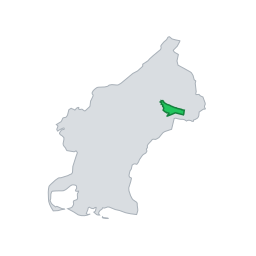 Murgap, Mary, Turkmenistan shown in context, rotated 284°
{"feature_id": "10190150B75003432350729", "entity_name": "Murgap", "entity_type": "district", "adm_level": 2, "iso_a3": "TKM", "parent_name": "Turkmenistan", "parent_adm1": "Mary", "projection": "equal_earth", "projection_center": [61.783, 36.895], "detail": "fine", "context": "in_parent", "style": "filled", "palette": "green", "viewbox_px": 256, "rotation_deg": 284, "n_neighbors": 0, "source": "geoboundaries", "source_scale": "gbopen_adm2", "svg_char_len": 4585}
<svg xmlns="http://www.w3.org/2000/svg" viewBox="0 0 256 256"><g transform="rotate(284 128 128)"><path d="M77.4,83.8L88.4,84.5L91.8,84.9L93.2,83.3L93.2,82.9L92.7,82.6L91.9,81.5L91.3,74.2L92.3,73.1L93.4,72.3L95.1,70.0L95.9,69.3L97.2,68.8L101.4,68.6L103.2,68.1L104.7,65.5L105.1,64.0L106.2,62.8L106.9,62.8L109.7,63.8L110.3,64.4L111.2,66.3L112.3,66.2L112.5,65.9L112.4,65.4L111.6,64.2L109.8,62.1L108.1,60.7L108.0,60.3L109.5,59.2L112.5,59.6L113.2,59.3L114.0,57.6L117.9,61.5L118.7,61.8L121.8,62.4L122.3,62.9L123.4,65.2L124.4,65.7L125.8,66.2L131.4,66.2L133.1,67.8L133.4,68.1L133.1,69.2L132.9,71.2L132.5,72.0L132.8,72.4L134.7,73.2L135.9,74.6L136.0,75.1L135.7,75.5L134.8,75.3L134.3,75.9L134.3,77.0L134.9,78.0L135.1,78.9L134.2,81.1L134.1,81.9L134.4,82.4L139.5,85.7L140.3,85.8L145.2,85.2L146.1,85.5L150.4,86.3L151.6,86.2L152.4,85.1L153.2,84.7L153.9,84.7L156.0,85.3L158.1,86.7L159.6,88.0L160.3,89.1L162.2,95.5L163.5,98.1L165.1,99.4L166.2,101.9L167.1,107.3L167.7,108.4L170.0,110.6L182.1,119.5L185.7,123.5L191.4,127.3L193.5,126.9L197.9,131.0L200.7,132.5L204.4,135.0L212.0,140.6L213.7,140.8L215.5,140.0L217.1,140.5L220.0,141.9L223.1,144.1L225.7,144.8L226.5,145.8L226.5,146.3L225.1,149.1L225.0,152.5L225.2,157.2L224.5,157.3L219.3,156.0L214.4,153.1L213.3,154.0L212.7,155.0L211.5,159.1L204.9,159.3L201.1,161.3L197.6,174.6L196.9,176.2L194.7,178.4L190.9,180.5L190.4,181.4L190.2,182.2L189.8,182.4L187.7,182.4L179.7,185.4L177.9,185.4L177.2,185.6L176.9,186.1L177.8,188.8L177.1,189.6L176.6,190.9L176.2,193.2L170.9,196.8L169.8,197.2L167.7,196.9L166.6,197.3L165.4,198.4L164.9,198.1L164.7,196.9L164.1,196.2L160.8,193.2L157.0,193.7L155.6,193.5L154.4,193.0L152.7,191.3L151.6,189.7L150.4,189.9L150.1,189.1L150.0,188.3L150.4,187.2L150.3,185.2L149.6,183.7L148.9,183.1L149.7,180.8L149.7,179.1L149.2,177.2L149.0,174.5L149.1,171.9L148.4,170.5L137.3,170.6L133.4,164.5L131.8,163.0L126.3,160.4L124.8,159.0L123.6,157.5L123.3,155.4L122.7,154.2L121.8,154.0L117.5,151.6L115.8,151.0L113.5,151.6L112.1,150.9L110.4,151.8L109.7,151.9L108.0,151.3L105.8,149.1L104.0,148.2L100.2,146.8L97.5,146.4L95.2,145.5L94.9,145.2L94.9,143.4L94.6,142.6L93.9,141.7L93.0,141.0L89.0,141.1L87.1,140.4L85.6,140.3L82.4,140.4L81.3,140.9L80.7,141.5L80.3,143.3L79.9,143.5L76.8,143.6L70.1,143.2L67.3,144.1L62.9,146.9L60.3,149.2L59.6,150.2L58.0,154.4L57.3,155.0L56.5,155.4L55.6,155.5L51.6,157.1L50.0,157.5L46.1,157.3L45.4,151.2L45.2,146.4L45.9,139.7L45.8,135.5L46.7,129.0L46.5,127.4L44.6,124.5L44.4,122.6L43.2,122.5L41.2,120.8L39.3,120.1L38.3,120.1L37.4,120.6L36.7,121.5L36.3,120.0L36.4,118.5L38.1,115.2L39.0,116.2L40.2,116.5L43.2,116.3L42.9,115.2L41.4,114.1L41.2,112.6L41.4,111.1L41.8,109.7L41.4,109.1L40.7,108.7L39.1,108.8L34.9,108.2L34.3,109.9L35.4,112.2L33.6,109.6L32.4,107.0L31.7,104.0L31.7,100.7L33.5,95.4L35.1,89.0L36.6,91.7L37.7,92.9L40.3,93.7L41.6,93.5L43.0,92.8L44.3,93.0L46.2,95.8L47.7,96.1L50.8,95.0L52.2,94.8L53.5,95.3L54.8,95.3L54.3,94.0L54.1,92.7L54.9,92.1L57.2,92.8L59.2,92.0L59.5,91.7L59.8,90.6L59.6,88.4L59.2,87.5L58.1,86.2L53.9,83.1L52.6,81.9L51.4,80.3L49.7,73.9L48.4,69.9L47.8,69.4L45.4,69.1L40.6,70.1L39.0,69.9L38.2,70.3L36.2,72.0L35.3,73.5L33.9,76.8L34.8,77.9L33.8,83.5L34.1,85.9L33.9,86.1L32.6,83.1L30.9,80.1L29.5,75.5L32.4,72.6L34.9,70.5L37.5,68.9L40.3,67.9L46.3,66.2L49.7,65.6L52.4,65.5L54.4,66.5L59.9,70.2L62.2,72.2L62.9,73.0L63.5,75.0L67.4,81.4L68.3,82.3L69.8,84.3L71.4,84.9L77.4,83.8ZM35.7,130.1L35.5,131.0L34.9,128.4L34.6,125.5L35.1,124.7L35.7,124.7L35.1,125.7L35.7,130.1Z" fill="#d9dde1" stroke="#a8b0b8" stroke-width="1"/><path d="M149.5,163.9L151.7,167.0L154.2,170.2L154.2,171.7L154.2,175.6L154.2,177.1L154.2,178.6L154.8,178.7L155.2,178.7L156.5,178.5L157.2,178.5L157.5,178.4L158.5,178.3L158.9,178.3L158.7,175.9L158.8,175.8L158.8,175.7L159.0,175.6L159.0,173.2L158.9,170.9L159.2,170.4L159.2,169.5L159.1,169.3L159.2,167.7L159.5,166.1L159.7,164.4L160.2,162.7L160.3,160.2L161.2,157.4L161.4,156.9L161.6,156.4L162.3,156.2L162.5,156.0L162.7,155.3L162.8,155.3L163.0,155.1L162.9,154.8L162.8,154.6L162.6,154.4L162.5,154.2L162.5,153.9L162.6,153.5L162.1,153.5L161.9,153.7L161.6,153.6L161.6,153.4L161.3,153.2L161.1,152.9L160.9,153.0L160.9,153.7L160.9,153.8L160.7,154.0L160.7,154.4L159.5,154.5L159.3,154.6L159.2,154.6L159.3,154.8L159.0,155.3L158.9,156.1L158.6,156.3L157.9,156.2L157.3,156.5L157.2,157.0L155.9,157.9L154.2,157.8L153.8,157.8L152.9,159.6L152.7,160.0L152.6,160.4L152.5,161.2L152.4,161.2L152.1,162.0L152.3,162.2L152.3,162.4L152.3,162.5L152.3,164.0L152.1,164.0L151.9,163.9L151.8,164.1L151.7,164.2L151.4,164.2L150.7,163.7L149.8,163.2L149.6,163.1L149.1,163.2L149.5,163.9Z" fill="#22c55e" stroke="#15803d" stroke-width="1.5"/></g></svg>